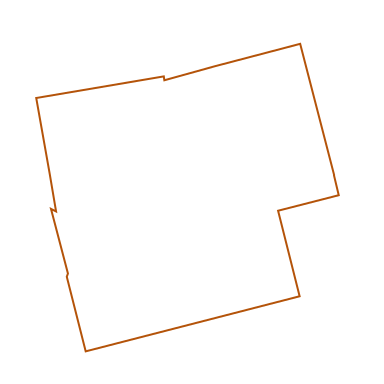 the district of Shelby, Ohio, United States of America, rotated 166°
{"feature_id": "52423323B28276778913523", "entity_name": "Shelby", "entity_type": "district", "adm_level": 2, "iso_a3": "USA", "parent_name": "United States of America", "parent_adm1": "Ohio", "projection": "equal_earth", "projection_center": [-84.19, 40.334], "detail": "fine", "context": "isolated", "style": "outline", "palette": "amber", "viewbox_px": 384, "rotation_deg": 166, "n_neighbors": 0, "source": "geoboundaries", "source_scale": "gbopen_adm2", "svg_char_len": 364}
<svg xmlns="http://www.w3.org/2000/svg" viewBox="0 0 384 384"><g transform="rotate(166 192 192)"><path d="M320.4,320.9L325.7,243.7L328.6,206.0L332.9,209.7L332.1,142.9L334.0,140.1L333.7,63.1L112.8,64.8L113.0,153.0L50.4,153.4L50.2,173.8L50.0,174.1L51.2,309.6L139.1,308.5L191.8,307.1L191.4,311.0L320.4,320.9Z" fill="none" stroke="#b45309" stroke-width="2"/></g></svg>